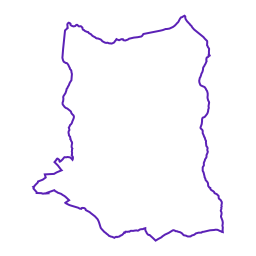 the district of Berbesti, Vâlcea, Romania
{"feature_id": "2599482B91990864320571", "entity_name": "Berbesti", "entity_type": "district", "adm_level": 2, "iso_a3": "ROU", "parent_name": "Romania", "parent_adm1": "Vâlcea", "projection": "orthographic", "projection_center": [23.88, 44.99], "detail": "fine", "context": "isolated", "style": "outline", "palette": "violet", "viewbox_px": 256, "rotation_deg": 0, "n_neighbors": 0, "source": "geoboundaries", "source_scale": "gbopen_adm2", "svg_char_len": 5739}
<svg xmlns="http://www.w3.org/2000/svg" viewBox="0 0 256 256"><path d="M222.8,232.1L222.6,230.6L222.8,227.4L222.4,225.6L222.7,224.1L222.8,222.5L222.5,220.8L221.0,216.8L221.0,216.1L221.4,214.9L221.6,213.4L221.5,212.6L221.3,211.8L220.9,211.2L220.8,210.4L221.2,209.5L221.4,208.7L221.4,208.3L221.2,207.6L221.6,206.8L221.7,206.4L221.4,205.3L221.8,203.6L221.8,202.1L220.7,200.1L218.9,198.6L218.7,198.0L218.6,196.0L218.5,195.8L216.7,194.1L214.6,193.2L214.0,191.9L213.2,191.2L212.0,190.5L210.9,189.7L210.3,188.7L210.3,187.9L209.3,187.5L208.2,185.9L208.0,183.5L207.8,182.8L207.2,181.8L205.6,180.0L205.3,178.5L204.6,177.3L204.6,176.7L203.5,172.2L203.0,171.5L202.7,170.7L202.7,167.4L203.0,166.7L203.8,165.6L203.9,165.1L203.8,163.1L204.1,162.1L204.8,160.6L205.0,159.5L205.6,158.5L206.2,157.7L206.5,156.9L206.5,155.1L207.6,152.6L207.8,151.6L207.4,150.7L207.3,149.5L207.6,148.3L207.5,147.8L207.2,147.1L206.5,146.3L206.2,145.2L206.1,143.7L205.9,142.5L206.0,141.6L206.0,140.9L205.4,139.9L204.8,137.9L204.7,137.4L204.2,136.9L203.6,135.1L202.7,133.2L202.7,130.9L202.5,130.3L202.1,129.7L200.7,128.4L200.5,127.7L200.6,127.2L201.7,124.1L202.1,120.9L202.0,120.0L202.2,118.8L202.5,118.0L202.9,117.6L204.6,117.0L205.8,115.6L207.1,113.9L207.6,112.9L208.1,111.2L208.2,109.8L208.8,107.9L208.5,106.2L209.0,103.4L209.1,102.4L208.9,101.7L208.2,100.5L207.6,98.3L207.5,97.1L207.7,95.5L207.7,93.4L207.1,91.1L206.0,89.4L205.9,88.9L204.7,87.2L204.2,86.9L201.9,85.9L201.0,85.5L200.3,84.9L199.4,82.5L199.2,80.8L199.8,77.9L200.4,77.0L201.1,75.0L201.4,73.7L202.1,72.5L202.5,71.6L203.0,69.6L203.1,68.1L203.3,67.4L204.5,65.6L204.8,64.8L205.6,63.6L206.1,62.2L206.6,61.3L206.6,61.2L206.4,61.1L206.3,59.1L206.5,58.9L206.6,57.9L207.0,57.4L208.3,56.8L208.5,56.4L209.1,55.9L209.1,55.5L209.6,55.4L209.4,55.0L208.8,55.3L208.6,55.1L209.0,53.2L208.9,51.8L209.1,48.9L208.9,48.4L207.9,47.0L207.7,46.2L207.1,45.4L207.1,43.9L207.2,43.3L207.2,42.4L207.2,41.5L207.1,41.0L204.7,38.6L203.5,37.1L194.1,29.5L192.2,27.3L191.3,25.7L190.5,25.2L189.6,23.9L188.7,23.1L188.2,22.4L187.3,21.6L186.0,19.7L185.5,18.8L185.2,17.1L185.3,16.7L184.9,15.8L185.2,15.4L183.2,16.4L182.2,17.1L181.0,17.4L179.9,18.9L178.5,21.6L178.1,22.2L177.5,22.8L176.8,23.4L176.4,24.0L174.6,25.8L172.9,27.0L169.4,28.6L166.9,29.0L165.7,29.0L162.7,30.1L160.1,30.7L143.4,34.0L142.2,35.8L141.3,36.5L137.6,37.2L133.9,37.6L129.1,38.7L127.8,39.6L125.3,40.5L123.4,40.2L122.9,39.2L122.6,39.2L121.4,39.2L119.1,40.2L117.3,39.6L116.5,39.1L116.2,39.4L115.8,40.3L115.0,41.1L114.2,42.4L112.5,43.3L111.2,43.6L110.1,43.3L109.2,43.4L107.6,42.7L106.2,42.9L104.9,42.6L102.3,41.2L101.5,40.2L100.7,39.5L97.8,38.4L97.1,38.5L96.0,38.1L95.3,37.4L92.5,35.9L90.8,34.1L90.3,33.9L88.8,33.1L88.2,32.1L86.8,31.8L84.8,30.9L84.0,30.1L82.9,29.6L82.5,28.7L82.4,27.6L81.0,26.3L80.7,26.2L79.1,26.4L78.6,26.2L77.3,24.9L76.9,24.8L76.2,25.0L75.3,26.0L74.6,26.2L73.4,26.4L71.5,25.7L70.7,25.1L70.4,24.7L70.5,23.8L69.9,23.2L68.8,22.7L67.8,23.4L67.4,24.2L67.3,24.6L67.7,28.0L67.0,28.3L66.8,28.9L65.4,30.0L65.0,30.7L63.1,49.1L62.4,57.8L63.0,60.2L63.7,61.7L65.8,63.0L66.5,63.0L67.2,63.4L68.3,64.9L69.2,66.9L69.8,67.9L69.9,68.8L71.0,70.1L71.3,70.7L71.5,72.3L71.9,73.9L71.9,74.4L71.4,80.3L70.3,81.9L69.5,83.4L68.8,85.4L68.0,86.5L67.4,88.0L66.6,89.0L66.4,90.3L65.5,93.0L63.4,96.3L63.2,97.2L63.4,98.9L63.1,101.3L62.6,102.5L62.6,104.1L62.9,104.7L64.7,107.1L66.1,108.1L67.3,108.5L70.6,111.2L71.0,111.8L71.4,113.1L72.3,114.3L73.5,115.4L73.9,116.5L73.9,117.0L73.8,117.8L73.2,119.5L72.3,121.5L72.0,122.7L71.1,124.2L70.1,125.0L69.6,126.3L68.8,127.7L69.0,128.1L69.4,129.9L69.2,130.5L68.7,131.2L68.5,132.1L68.6,133.3L68.9,134.2L68.9,135.2L69.3,135.9L70.1,136.8L70.2,137.8L70.5,138.5L70.3,139.2L70.9,140.0L71.4,141.5L71.9,142.0L72.0,142.3L72.1,143.3L71.7,145.2L71.6,147.0L71.8,147.6L72.4,148.6L72.0,149.4L72.0,150.6L71.8,151.6L72.1,152.7L72.0,153.9L72.0,154.4L71.7,155.2L72.9,157.1L72.9,158.3L72.7,159.4L72.5,159.8L71.0,158.1L70.0,157.4L67.7,157.0L66.1,157.3L64.5,157.2L64.1,157.5L62.4,159.6L60.8,161.1L59.8,161.7L59.5,161.4L59.4,160.3L59.2,159.8L57.6,158.6L57.1,158.7L56.4,159.5L56.4,159.9L56.2,160.1L54.5,162.1L57.9,165.5L61.1,169.8L61.6,170.3L56.6,172.4L54.0,173.9L44.8,174.4L45.7,177.5L42.7,179.7L38.0,181.5L37.8,182.5L35.4,184.9L34.1,186.5L33.2,186.9L33.8,187.7L33.5,188.6L36.6,192.1L36.6,193.0L41.7,193.2L42.1,193.5L43.0,193.7L45.4,193.3L45.7,193.3L45.7,193.5L48.1,193.3L47.5,192.6L54.3,190.2L55.4,191.3L56.6,191.8L57.6,192.6L61.2,193.9L62.7,195.0L64.3,195.9L65.6,196.9L69.1,200.2L65.3,202.8L65.4,203.0L68.8,204.8L70.4,205.4L76.4,207.2L78.1,207.7L79.7,208.6L81.3,208.8L81.6,208.1L82.4,207.9L83.8,208.0L84.5,208.2L85.4,208.9L85.8,210.1L89.8,212.2L90.4,212.8L94.9,216.3L97.5,219.1L98.3,220.6L99.0,222.3L100.7,227.8L101.7,229.1L104.5,232.1L105.5,232.7L106.4,233.6L107.9,234.7L109.2,236.0L109.8,236.1L110.9,236.6L112.1,236.8L114.4,237.8L115.2,237.2L115.9,236.9L116.3,236.8L117.0,237.1L117.8,236.8L118.6,236.7L119.6,236.4L120.4,235.6L121.5,235.3L122.6,234.5L123.6,233.4L124.2,232.5L124.8,232.8L125.5,231.7L127.4,231.8L128.5,231.6L129.4,231.7L130.5,230.9L131.0,230.8L133.1,230.9L134.6,230.6L136.5,230.4L137.8,230.7L138.5,230.5L139.3,229.8L140.2,229.4L141.2,229.2L143.0,229.1L143.8,228.6L145.3,228.2L145.3,229.8L145.5,230.7L146.2,231.8L146.7,233.0L147.7,234.3L148.4,234.9L149.6,235.0L150.0,235.4L152.9,238.0L155.6,240.6L158.4,238.9L161.6,237.2L162.2,236.5L165.0,234.6L168.7,232.9L172.7,230.4L173.4,230.2L174.6,230.5L175.7,231.2L176.9,231.2L178.0,231.7L180.1,232.2L181.7,233.1L183.7,235.2L186.1,235.7L187.5,236.4L188.5,236.5L190.6,236.4L191.6,235.6L194.3,234.7L195.9,233.4L196.3,233.3L198.4,232.7L201.5,232.6L202.3,231.9L203.6,231.8L210.0,230.3L214.0,230.0L215.6,229.7L217.4,229.8L218.4,230.2L219.9,231.0L220.8,231.2L221.6,231.8L222.8,232.1Z" fill="none" stroke="#5b21b6" stroke-width="2"/></svg>